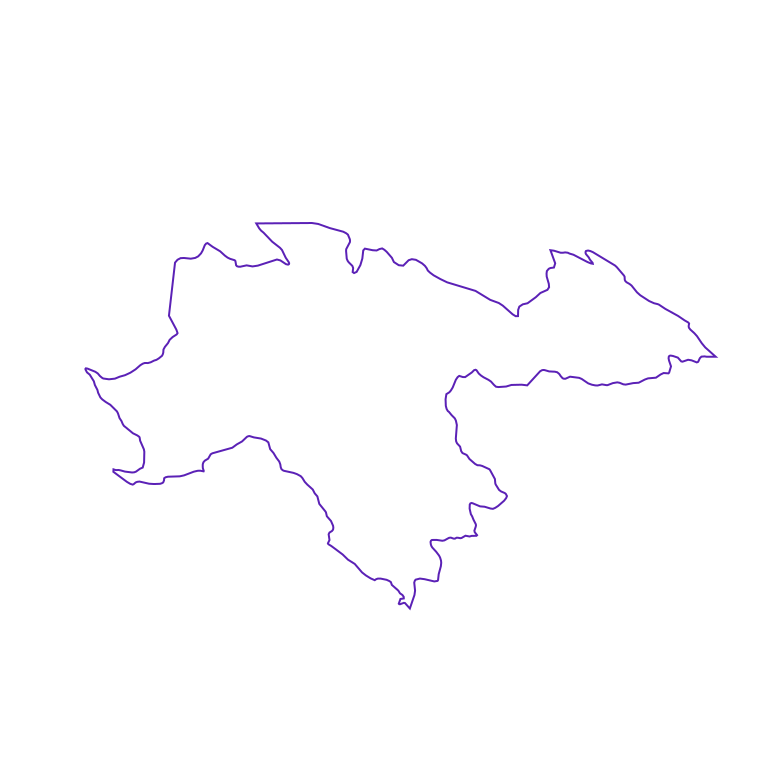 an SVG outline of Udon Thani, rotated 128°
{"feature_id": "THA-448", "entity_name": "Udon Thani", "entity_type": "Province", "adm_level": 1, "iso_a3": "THA", "parent_name": "Thailand", "parent_adm1": "", "projection": "equal_earth", "projection_center": [102.887, 17.458], "detail": "fine", "context": "isolated", "style": "outline", "palette": "violet", "viewbox_px": 768, "rotation_deg": 128, "n_neighbors": 0, "source": "natural_earth", "source_scale": "10m", "svg_char_len": 6166}
<svg xmlns="http://www.w3.org/2000/svg" viewBox="0 0 768 768"><g transform="rotate(128 384 384)"><path d="M384.9,610.7L382.8,610.6L381.6,609.8L381.4,603.5L380.3,594.8L380.8,588.4L380.7,585.1L380.1,582.3L378.4,577.9L378.6,576.8L381.5,573.6L381.7,572.4L381.2,571.0L380.1,569.5L375.1,565.3L372.3,560.0L368.4,556.3L351.8,545.0L350.4,541.7L349.9,535.0L349.0,533.1L348.1,532.7L347.2,533.1L346.6,534.2L345.0,539.2L341.2,546.9L340.7,549.8L340.7,559.7L338.9,572.1L338.8,575.3L338.2,578.1L336.1,583.5L301.5,539.9L298.4,534.4L294.5,522.7L289.1,509.9L288.5,506.7L288.5,504.4L291.0,500.0L292.1,498.9L293.2,498.2L301.0,496.8L302.5,495.8L308.2,490.5L309.3,488.5L309.8,486.8L310.4,481.7L311.6,479.7L315.1,477.6L315.0,475.9L312.5,474.6L304.9,475.8L298.5,478.3L291.5,482.6L289.1,482.4L285.5,475.2L283.3,472.0L280.4,470.6L278.3,468.9L278.0,466.3L278.2,463.2L279.7,455.5L281.8,451.3L281.3,445.5L278.9,441.7L271.3,440.8L268.5,438.9L266.5,435.3L265.5,428.3L265.7,424.5L266.5,421.6L267.6,419.4L267.9,416.3L267.8,411.8L266.6,404.2L265.0,396.8L254.3,369.2L252.3,352.1L249.5,343.4L249.1,338.6L249.9,325.6L249.5,322.0L248.0,320.2L243.0,323.9L239.7,325.0L235.8,323.7L232.0,320.6L222.1,317.8L216.0,316.8L209.2,313.2L206.1,313.5L203.6,315.8L199.2,321.9L196.9,323.9L194.7,325.2L191.8,325.1L190.2,324.3L187.6,321.8L183.5,323.4L176.1,335.2L174.3,332.1L171.8,325.6L170.4,323.8L168.8,322.3L167.4,320.0L167.0,318.1L165.5,314.3L162.6,298.7L161.6,295.2L160.7,293.5L160.1,294.2L159.2,298.3L158.2,300.6L157.3,304.8L156.7,305.8L155.8,306.5L154.8,306.7L153.2,305.4L152.2,303.3L151.5,300.6L148.4,274.9L148.6,272.5L150.8,261.7L151.3,260.5L153.7,258.4L154.3,257.2L154.5,255.5L154.0,252.1L154.0,249.6L156.0,241.1L156.3,236.7L155.4,226.2L154.1,220.9L152.6,217.6L152.2,216.3L151.6,208.5L149.3,194.1L148.8,186.3L148.2,182.1L148.5,180.8L150.8,179.6L151.9,178.4L152.5,176.2L152.9,170.7L153.6,166.8L156.2,158.8L157.4,153.4L158.3,139.4L163.8,146.4L164.9,148.4L167.0,150.7L169.2,151.0L173.1,150.1L174.4,150.8L176.0,156.2L177.7,159.3L182.6,162.5L183.2,163.7L182.3,168.7L184.0,173.5L185.1,175.6L185.9,176.3L186.9,176.5L188.5,175.6L190.0,173.9L193.4,168.7L199.5,166.3L200.5,166.4L203.2,170.4L206.2,171.9L211.6,173.6L217.0,179.4L219.9,181.2L226.2,184.1L229.9,188.2L235.7,193.2L236.9,195.2L238.0,199.1L239.1,201.2L242.4,204.2L247.2,207.1L247.9,207.9L250.1,212.0L253.6,214.7L255.0,216.6L256.6,219.8L257.8,223.5L258.3,231.3L259.0,234.0L263.7,241.9L268.2,244.3L269.1,245.5L269.5,246.8L269.0,249.6L268.2,252.0L268.1,254.7L269.1,256.9L272.4,261.6L274.2,266.1L274.9,267.1L275.7,267.9L277.8,268.8L296.9,270.3L299.8,275.1L306.3,283.0L310.8,286.2L316.0,292.0L317.2,294.1L317.0,296.8L316.2,301.2L316.4,304.2L317.4,309.7L317.6,312.7L317.4,315.8L316.2,319.6L316.4,320.6L317.6,321.5L320.8,321.9L328.6,324.3L330.0,326.2L331.3,329.7L333.2,330.2L336.4,330.0L344.5,327.7L348.0,327.3L350.3,327.4L353.6,328.6L358.1,326.1L363.2,321.8L365.1,319.3L366.0,317.1L366.0,315.6L366.9,311.6L367.5,307.0L368.6,304.8L371.5,301.3L382.8,293.8L384.8,291.8L385.8,289.9L386.5,285.5L389.4,281.8L390.1,279.6L389.2,276.0L389.1,274.7L390.5,270.5L390.9,263.0L390.5,260.4L389.0,258.3L388.1,256.1L386.3,248.5L386.6,247.3L390.6,238.1L393.7,235.2L394.4,234.2L396.6,228.2L396.6,225.6L395.6,221.8L395.6,220.4L396.6,218.1L398.7,217.5L402.1,217.5L409.9,219.0L413.1,220.1L415.3,221.3L416.5,223.3L418.8,229.2L421.3,233.0L423.4,240.7L423.9,241.8L424.9,242.4L426.2,242.2L429.5,239.8L433.1,235.4L434.0,233.1L435.8,230.0L437.9,225.5L438.6,224.6L439.9,223.9L443.9,222.5L444.9,221.3L445.8,217.6L446.7,217.7L449.7,221.4L451.5,222.7L453.4,226.4L457.6,228.1L458.5,228.9L459.7,231.2L460.5,232.2L462.2,232.9L463.0,234.0L463.9,236.7L464.5,237.4L465.3,238.1L470.0,240.1L471.6,241.5L474.5,246.6L477.4,250.2L478.5,250.5L479.8,250.1L481.6,248.3L482.5,246.9L483.1,245.4L484.1,239.5L485.3,235.0L486.2,233.0L488.1,230.3L489.7,228.8L492.6,227.0L500.2,223.8L505.2,220.7L506.2,220.6L508.6,222.8L512.8,231.8L515.2,235.9L518.7,238.6L520.0,238.6L521.9,237.9L527.7,232.3L531.5,230.1L545.0,225.4L543.7,232.6L544.2,233.6L547.7,235.8L548.1,236.4L548.0,237.1L543.3,238.7L540.8,236.4L539.6,237.4L538.9,239.6L539.1,242.5L538.0,245.5L537.5,254.1L535.9,256.6L536.0,258.5L536.7,261.4L539.5,267.0L541.1,269.0L542.6,270.0L544.3,270.5L545.4,274.9L546.0,280.4L546.0,285.3L543.8,296.3L544.6,304.2L543.8,311.6L544.1,325.8L544.5,329.2L544.1,330.1L540.5,330.9L536.5,335.1L534.6,335.5L531.9,334.5L530.1,334.5L528.5,335.4L527.1,336.8L524.6,341.4L523.4,347.6L520.9,350.7L520.5,351.7L518.3,361.2L513.6,367.3L512.8,371.3L511.0,375.2L510.5,382.5L509.9,386.2L508.3,390.5L507.9,392.9L508.6,397.1L509.8,400.7L514.0,409.4L514.3,410.7L514.2,412.4L513.2,414.1L511.2,416.2L509.6,418.8L508.4,423.4L506.4,428.6L505.4,433.6L501.2,439.2L501.2,442.2L502.7,447.3L506.2,453.7L507.8,457.9L508.7,458.8L510.0,459.5L516.7,460.5L522.2,462.8L527.6,464.3L544.3,476.6L546.1,477.3L551.1,476.6L554.7,478.0L556.9,478.1L558.8,477.4L560.3,476.3L561.8,475.0L563.5,472.5L563.9,472.4L565.5,475.5L567.1,477.4L570.2,479.9L579.1,485.3L582.5,488.1L590.1,497.2L592.0,498.7L593.6,499.2L595.4,498.0L597.5,497.4L598.9,497.9L600.5,499.0L604.3,503.5L607.2,507.7L611.4,516.6L613.0,518.2L614.5,519.1L617.1,519.6L618.0,520.1L618.9,522.5L619.4,526.4L619.8,543.2L617.8,544.6L617.0,542.4L615.1,540.1L614.2,538.3L612.5,534.2L608.8,528.0L607.4,526.5L605.8,525.5L601.0,524.1L598.4,522.7L593.6,524.7L584.9,531.2L583.3,533.0L578.8,541.3L576.8,543.4L576.3,544.3L576.4,546.7L577.4,551.5L577.1,563.3L576.3,565.4L574.8,568.1L573.7,571.4L570.9,575.6L570.0,577.6L568.9,586.8L569.5,592.2L569.6,596.6L569.2,599.2L566.9,603.9L565.1,606.2L562.8,611.2L560.5,614.3L557.8,621.6L557.7,625.2L556.4,628.1L555.9,628.6L555.2,628.6L554.4,627.1L552.1,619.0L551.9,616.0L552.6,612.7L552.7,610.0L552.5,608.6L549.6,603.6L545.4,599.3L541.0,596.8L536.5,593.5L531.2,590.8L525.4,588.8L519.2,587.6L516.5,586.6L514.8,585.5L512.8,582.9L510.5,581.2L507.1,579.6L505.1,578.2L502.4,577.2L498.4,576.3L496.8,576.6L495.1,577.3L492.6,579.0L489.6,579.5L484.7,579.4L481.2,580.1L477.2,579.5L472.6,577.9L471.0,578.0L469.0,581.1L462.6,595.5L417.0,623.4L413.2,623.2L410.1,621.8L407.9,619.3L404.2,613.4L400.9,610.4L397.8,609.0L393.7,608.6L390.4,609.1L384.9,610.7Z" fill="none" stroke="#5b21b6" stroke-width="2"/></g></svg>